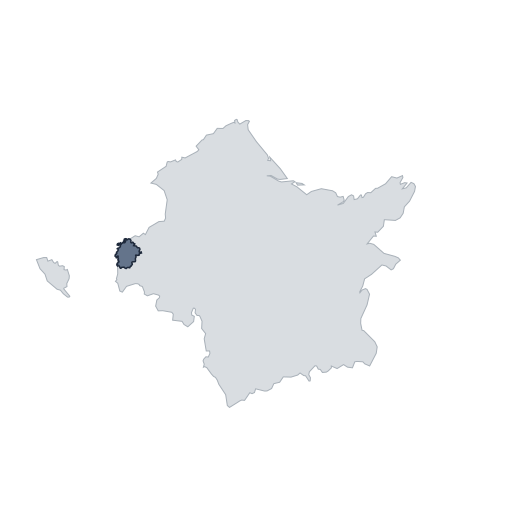 Var on a map of France (Mercator projection), rotated 133°
{"feature_id": "FRA-5351", "entity_name": "Var", "entity_type": "Metropolitan department", "adm_level": 1, "iso_a3": "FRA", "parent_name": "France", "parent_adm1": "", "projection": "mercator", "projection_center": [6.264, 43.397], "detail": "fine", "context": "in_parent", "style": "filled", "palette": "slate", "viewbox_px": 512, "rotation_deg": 133, "n_neighbors": 0, "source": "natural_earth", "source_scale": "10m", "svg_char_len": 6577}
<svg xmlns="http://www.w3.org/2000/svg" viewBox="0 0 512 512"><g transform="rotate(133 256 256)"><path d="M373.2,218.6L370.4,220.1L368.8,223.2L367.0,223.9L363.9,223.9L362.4,222.0L358.6,223.3L357.1,225.2L359.4,227.6L351.9,237.4L347.1,239.9L346.1,246.3L340.5,251.0L338.4,255.9L338.3,256.9L339.7,258.6L339.1,261.8L336.2,263.9L336.3,265.9L337.1,266.2L341.4,264.6L343.0,262.7L342.2,260.0L346.5,256.9L354.3,257.6L355.2,261.9L354.2,265.5L359.8,273.2L355.0,276.8L354.6,279.2L359.6,286.9L362.8,290.1L361.1,295.2L355.8,298.5L352.4,298.2L351.0,299.1L351.1,300.7L353.5,305.3L359.2,308.3L360.0,311.8L358.4,313.0L355.8,318.3L357.0,320.9L356.5,322.0L357.1,323.8L358.6,325.5L366.5,330.0L373.6,329.1L374.5,331.7L370.2,338.5L370.4,341.5L368.2,341.6L367.8,342.6L363.4,344.9L356.3,351.7L353.0,353.7L351.6,357.2L349.7,359.1L339.5,363.0L337.6,362.1L332.6,362.2L329.5,359.8L323.6,358.2L321.7,354.6L316.1,353.9L315.8,351.5L308.0,353.7L297.1,350.5L293.2,346.9L290.0,347.9L287.2,351.0L275.4,359.3L270.8,367.8L271.6,377.7L274.3,382.6L267.2,381.8L262.9,383.3L261.8,385.3L251.7,382.9L247.9,385.0L246.9,384.8L245.5,382.7L240.6,380.4L241.3,378.8L240.6,377.3L236.0,376.2L234.3,377.6L232.6,374.7L219.4,370.2L217.3,370.3L216.5,374.7L208.0,374.6L206.8,373.8L201.4,374.7L195.6,370.6L189.1,371.4L185.2,367.1L181.3,366.8L175.9,364.6L173.4,363.4L173.1,362.1L171.5,364.1L169.5,363.6L169.1,363.0L170.4,360.6L170.6,357.8L163.9,355.8L162.1,353.8L162.0,352.7L165.7,351.7L169.0,347.8L172.1,333.7L174.3,316.7L176.0,313.5L178.1,312.6L176.4,310.3L174.3,313.4L175.6,297.7L178.0,285.9L183.7,290.7L185.1,292.8L186.8,299.9L190.0,302.8L187.9,300.0L185.8,290.6L184.5,287.9L175.5,280.0L175.1,278.2L179.1,279.2L177.5,273.2L176.6,260.7L171.0,259.5L162.2,254.1L156.1,244.5L155.4,240.8L157.0,237.0L155.6,234.6L153.0,232.9L155.0,229.6L156.8,229.2L163.2,231.1L158.0,228.0L149.5,229.0L146.1,227.9L145.5,225.6L147.8,222.7L145.0,220.8L140.1,221.2L139.5,220.5L141.0,218.3L139.8,217.5L135.8,218.3L133.5,217.7L131.4,215.2L125.0,214.7L123.6,213.3L114.8,210.5L105.5,210.9L102.9,206.1L97.3,203.7L98.4,202.1L104.1,200.7L105.1,199.3L101.0,197.3L99.6,195.3L107.1,194.8L103.7,192.6L96.4,192.8L95.4,189.9L96.4,186.8L100.6,184.1L111.2,181.1L118.9,181.0L124.4,177.5L129.8,176.6L134.9,178.3L141.9,186.9L147.4,183.1L155.6,183.2L157.3,185.4L159.5,181.5L161.3,183.7L171.4,183.0L169.1,181.5L167.2,177.8L166.8,164.2L161.6,154.3L160.3,150.7L160.6,147.6L166.7,148.2L171.6,146.8L174.0,147.7L174.6,154.1L176.7,157.8L190.6,159.0L198.6,161.0L205.3,157.4L211.6,155.7L212.1,154.9L208.5,155.2L205.2,153.7L204.7,152.0L206.5,146.9L216.1,141.4L230.2,136.7L233.9,133.5L238.0,127.8L237.1,126.3L237.7,110.6L239.8,105.4L245.2,101.7L258.9,97.9L260.7,102.9L260.5,105.7L264.2,110.2L266.0,111.6L272.0,109.2L274.9,113.3L275.7,117.9L283.0,119.9L285.1,125.9L286.4,124.6L290.9,124.8L293.0,125.4L295.9,128.0L295.1,131.6L296.3,133.3L295.1,136.6L296.0,138.0L304.3,138.0L306.8,136.5L307.9,133.2L310.4,131.2L311.3,131.9L309.8,138.0L310.9,139.6L311.5,144.0L314.6,144.3L320.7,147.8L325.8,153.6L332.2,152.6L337.2,155.9L342.3,154.2L347.2,155.9L348.9,157.6L353.4,165.7L356.9,164.0L359.4,165.0L360.2,167.3L369.4,165.9L371.1,168.2L373.0,169.0L384.8,172.1L384.9,175.0L378.1,183.6L375.2,195.6L373.2,199.7L372.4,202.9L373.0,204.9L372.7,208.2L371.2,215.9L372.0,218.2L373.2,218.6ZM415.0,371.2L414.4,375.7L416.0,378.9L416.6,391.7L413.2,397.9L412.6,405.3L408.4,414.1L401.9,410.2L399.9,408.0L401.7,404.7L397.9,402.8L398.8,399.6L398.4,397.9L395.7,397.7L395.6,396.9L397.5,394.4L397.5,392.8L395.0,390.8L394.5,389.0L396.9,387.1L395.8,385.3L394.5,384.8L397.8,379.0L400.1,377.2L405.2,375.6L407.3,373.4L410.7,374.6L411.2,374.0L412.4,364.7L413.5,364.6L414.6,365.8L415.0,371.2ZM175.8,273.9L175.1,276.7L171.6,271.9L171.1,269.2L175.8,273.9Z" fill="#d9dde1" stroke="#a8b0b8" stroke-width="1"/><path d="M357.8,350.4L357.7,350.7L357.6,351.4L357.1,351.7L357.0,352.1L356.4,352.1L356.4,351.9L356.3,351.7L356.2,351.8L356.1,352.0L356.2,352.4L355.9,352.5L355.6,352.4L355.3,352.4L354.5,352.6L354.2,352.3L353.9,352.2L353.7,352.4L353.3,352.7L353.3,353.5L353.0,353.9L353.0,354.4L352.5,354.5L352.0,354.6L351.8,355.0L351.7,355.3L351.5,355.5L350.9,356.1L350.3,356.5L350.2,357.0L350.6,357.1L352.0,356.7L352.5,356.8L352.6,357.1L352.3,357.6L351.9,357.9L351.8,358.4L352.0,358.7L352.2,359.0L351.7,359.4L351.3,359.6L351.0,359.7L350.6,359.9L350.4,359.8L350.3,359.7L350.2,359.5L349.9,359.6L349.6,359.6L349.0,359.6L348.9,359.9L348.7,360.3L348.2,360.6L347.7,360.4L347.0,360.5L346.4,360.5L345.9,360.7L345.4,361.0L345.1,361.6L345.2,362.0L345.3,362.4L344.6,362.4L344.3,362.2L344.2,362.0L343.8,361.9L343.2,361.6L342.6,361.5L341.8,361.6L341.2,361.9L340.9,362.1L340.6,362.4L340.3,363.0L340.3,363.7L340.7,363.9L341.1,363.8L340.9,364.1L340.4,364.2L339.1,364.3L338.9,364.2L339.2,364.0L339.6,363.8L339.9,363.6L339.8,363.0L339.4,362.6L339.0,362.7L337.9,362.8L337.5,362.8L337.3,362.2L336.7,362.1L336.0,362.1L335.4,361.7L335.5,361.6L335.5,361.3L335.6,361.1L335.2,361.1L334.9,361.2L334.2,361.5L334.6,361.7L334.9,362.4L335.3,362.5L335.8,362.8L335.6,363.0L335.0,363.0L334.4,363.0L334.1,363.1L333.7,363.8L332.8,363.6L332.2,363.1L332.0,362.8L332.5,362.5L332.8,362.2L332.7,361.9L332.4,361.8L332.0,361.7L332.0,361.4L331.9,361.2L331.5,361.2L331.1,361.2L330.1,360.7L329.9,360.0L329.6,359.7L329.7,358.6L330.0,358.0L330.4,357.6L331.2,357.2L331.5,356.7L331.3,356.0L330.6,355.6L330.0,355.6L329.9,355.3L329.9,355.0L330.0,354.7L330.2,354.2L330.1,353.8L329.8,352.9L330.3,352.7L331.4,352.8L331.9,352.6L330.5,350.5L330.4,350.3L330.4,349.9L330.8,348.7L330.7,348.2L330.5,347.9L330.1,347.6L329.8,347.2L329.7,346.4L330.3,345.4L332.2,344.8L332.7,344.0L332.3,343.7L331.8,342.8L331.4,342.6L331.5,342.5L331.9,341.8L333.7,342.8L334.3,342.8L334.6,342.6L334.7,342.3L334.9,342.1L335.3,342.1L335.6,342.3L336.0,342.9L336.4,343.1L336.7,343.4L337.1,344.4L337.5,344.5L337.7,344.4L338.1,343.7L338.5,343.1L340.1,342.5L341.7,340.8L342.4,340.5L342.9,340.8L344.2,342.1L344.9,342.5L345.6,342.3L345.9,341.8L346.1,341.2L346.5,340.7L346.9,340.6L347.6,340.7L348.0,340.7L348.5,340.4L348.8,340.5L349.1,340.7L349.2,340.8L349.8,340.7L350.3,340.4L350.7,340.3L351.2,340.9L351.4,341.6L351.8,342.0L352.9,342.4L353.7,342.4L353.9,342.7L354.2,343.6L354.2,343.9L354.1,344.7L354.2,344.9L354.3,345.0L355.7,346.3L356.0,346.5L356.4,346.5L356.7,346.4L357.1,346.4L357.4,346.8L357.4,347.2L357.3,347.7L356.8,348.5L356.6,349.3L356.9,349.8L357.8,350.4L357.8,350.4ZM342.2,364.5L342.3,364.4L342.5,364.7L342.6,365.1L342.1,365.4L341.8,365.5L341.4,365.6L341.2,365.5L340.6,365.2L340.8,364.9L341.5,365.0L341.7,364.9L341.8,364.7L341.9,364.8L342.1,364.7L342.2,364.5Z" fill="#64748b" stroke="#1e293b" stroke-width="1.5"/></g></svg>